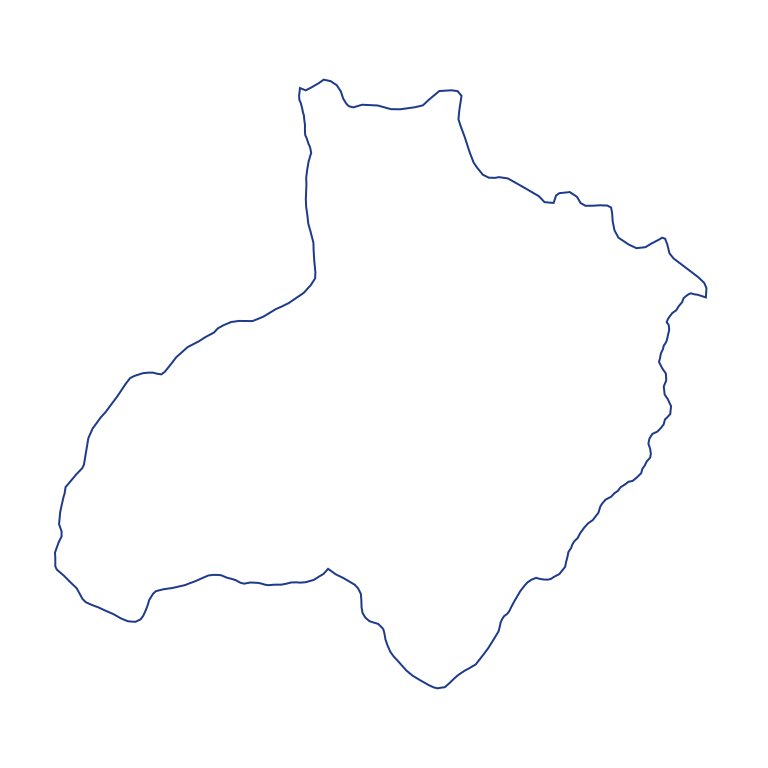 Thangrong, Mongar, Bhutan (Albers equal-area conic projection), rotated 275°
{"feature_id": "84629894B4520468763677", "entity_name": "Thangrong", "entity_type": "district", "adm_level": 2, "iso_a3": "BTN", "parent_name": "Bhutan", "parent_adm1": "Mongar", "projection": "albers", "projection_center": [91.336, 27.203], "detail": "fine", "context": "isolated", "style": "outline", "palette": "blue", "viewbox_px": 768, "rotation_deg": 275, "n_neighbors": 0, "source": "geoboundaries", "source_scale": "gbopen_adm2", "svg_char_len": 4321}
<svg xmlns="http://www.w3.org/2000/svg" viewBox="0 0 768 768"><g transform="rotate(275 384 384)"><path d="M253.6,75.8L246.6,75.3L244.1,74.7L234.9,73.4L228.0,72.6L216.0,72.5L209.2,75.6L204.0,76.1L198.3,73.8L187.3,70.9L182.9,71.6L173.6,72.5L170.6,74.2L165.0,82.0L159.7,88.2L153.8,95.6L143.6,102.4L140.6,106.0L138.3,112.6L136.7,118.6L134.2,125.4L131.1,134.7L127.5,142.5L125.3,149.7L125.4,157.1L128.3,162.0L132.0,164.3L137.3,166.2L142.7,167.8L148.3,168.9L154.9,172.2L157.7,174.8L158.9,178.1L160.3,182.2L162.4,191.2L166.4,203.5L168.6,207.9L171.1,213.2L175.2,220.6L178.0,225.8L179.0,230.8L179.3,235.4L179.3,238.4L177.4,244.2L176.6,249.1L175.7,253.3L173.5,258.3L172.9,262.0L174.6,268.2L174.9,275.3L174.6,278.6L173.7,282.9L173.5,286.3L174.6,292.8L175.1,298.9L176.6,304.3L178.2,308.8L178.8,314.2L178.8,317.8L179.7,323.2L182.7,331.1L186.7,336.3L189.5,340.3L195.0,344.4L190.1,352.7L187.3,360.1L184.5,366.1L181.5,372.3L178.4,375.8L173.0,379.2L167.2,380.2L159.6,381.1L154.1,382.6L149.7,385.7L146.5,390.1L145.5,394.3L144.5,399.1L140.9,403.5L139.4,404.8L135.4,406.2L129.7,407.7L123.6,410.4L117.7,413.7L113.6,417.2L108.5,422.8L100.5,431.3L95.8,438.1L91.6,446.8L87.7,455.4L86.1,460.0L85.5,463.7L86.8,468.8L87.2,471.0L91.1,474.7L96.5,479.4L99.9,482.6L102.2,485.3L105.7,489.7L108.3,493.8L110.6,496.9L112.6,499.8L123.1,506.6L130.0,510.9L139.3,515.6L147.6,519.7L153.2,520.6L156.3,520.9L159.4,521.9L163.0,523.7L165.9,526.9L168.4,528.5L173.4,530.4L179.4,533.0L189.5,537.8L195.0,541.3L198.7,544.1L201.8,547.8L204.2,552.5L203.7,554.4L203.3,557.7L203.2,561.3L203.4,564.4L204.4,567.3L206.7,570.1L209.9,575.2L217.6,580.4L222.5,580.9L226.8,581.7L232.8,582.4L237.0,584.7L240.5,585.6L243.8,587.2L247.5,590.4L252.4,592.4L254.8,593.8L258.7,596.2L263.0,599.5L266.7,603.9L271.3,606.8L274.3,608.8L280.9,610.2L284.0,611.8L288.2,614.9L291.5,620.1L295.1,622.9L298.1,626.5L301.7,628.6L305.4,633.4L307.9,636.1L309.1,640.1L312.3,643.4L315.2,646.0L317.6,648.0L321.7,648.7L325.8,651.0L329.6,652.4L333.9,655.6L337.8,655.9L342.6,654.8L347.6,652.6L352.5,653.1L354.7,654.2L357.7,655.7L360.4,660.5L364.5,663.8L368.1,666.1L373.2,667.0L375.4,669.0L379.1,671.8L381.2,671.8L386.9,671.9L393.5,668.1L398.0,664.5L402.6,663.6L406.0,662.9L411.9,664.8L416.0,664.4L419.3,663.7L421.9,661.4L424.2,659.6L430.0,656.0L433.8,656.8L436.7,656.9L439.5,657.5L442.9,658.8L446.8,659.4L448.6,660.6L451.6,661.8L455.6,662.4L462.9,663.4L467.8,662.4L470.2,660.2L473.3,661.1L476.2,662.7L479.9,665.1L482.9,668.7L487.2,670.8L491.4,673.8L495.6,675.0L498.4,677.7L500.1,679.9L501.1,681.7L500.3,686.2L500.3,688.6L498.3,697.1L507.6,696.9L512.6,694.2L517.7,687.9L534.2,661.7L538.9,657.1L547.8,654.0L553.2,651.4L554.0,648.3L551.7,645.2L547.2,638.1L543.1,632.6L541.3,623.6L544.3,615.6L550.2,604.8L557.2,600.2L566.1,597.6L573.5,596.5L579.5,594.9L581.2,591.1L580.9,583.9L579.8,576.5L579.1,569.2L581.4,564.1L587.3,559.9L591.4,552.3L589.4,542.1L586.8,539.0L579.2,537.2L579.1,531.9L579.2,528.0L584.6,521.9L591.7,506.8L595.5,498.5L599.6,489.4L600.1,480.5L599.0,476.6L598.7,470.4L601.1,464.2L608.1,457.5L612.4,454.0L622.4,449.1L636.8,443.0L648.0,437.7L654.2,435.1L663.9,435.2L677.8,436.1L682.1,431.9L682.5,426.0L680.7,413.6L671.2,404.0L665.0,398.5L662.4,390.7L659.1,376.3L658.4,367.0L660.9,353.4L660.3,337.9L656.9,329.3L657.7,324.7L660.0,322.0L664.7,318.5L671.7,315.5L677.5,310.9L681.1,304.3L681.9,297.4L678.1,292.9L673.1,285.8L669.7,280.4L671.5,274.5L664.0,274.3L660.1,274.8L656.2,276.8L654.3,277.4L651.6,278.4L648.9,279.2L646.9,279.8L644.7,280.8L641.6,281.3L639.2,281.8L635.3,282.7L632.7,282.9L630.3,283.1L628.1,283.3L624.9,283.9L622.8,285.2L619.4,286.7L616.8,287.8L614.3,289.3L611.5,290.3L608.0,291.3L599.1,289.5L590.6,288.8L582.5,288.5L576.5,289.3L561.5,290.0L553.7,291.0L546.1,292.8L537.1,294.6L529.3,297.6L518.5,301.4L511.3,302.2L500.0,303.9L489.4,305.9L483.2,306.2L476.1,302.4L467.8,296.1L460.8,287.5L456.3,282.0L452.0,274.9L449.3,269.9L445.2,264.3L440.5,257.8L437.2,251.5L435.2,247.4L434.9,243.4L434.2,234.1L432.4,226.2L428.4,218.7L424.9,213.6L420.4,210.1L415.4,202.3L410.3,195.7L403.6,185.1L398.8,180.6L392.3,174.5L386.7,171.0L377.2,164.7L374.2,161.4L374.4,157.6L375.2,152.6L374.7,147.8L373.7,142.7L370.4,134.9L367.8,130.6L361.9,126.8L348.6,119.5L331.5,108.9L326.0,104.7L314.2,97.6L304.3,94.2L277.5,92.1L273.8,90.7L267.1,85.3L256.5,77.9L253.6,75.8Z" fill="none" stroke="#1e3a8a" stroke-width="2"/></g></svg>